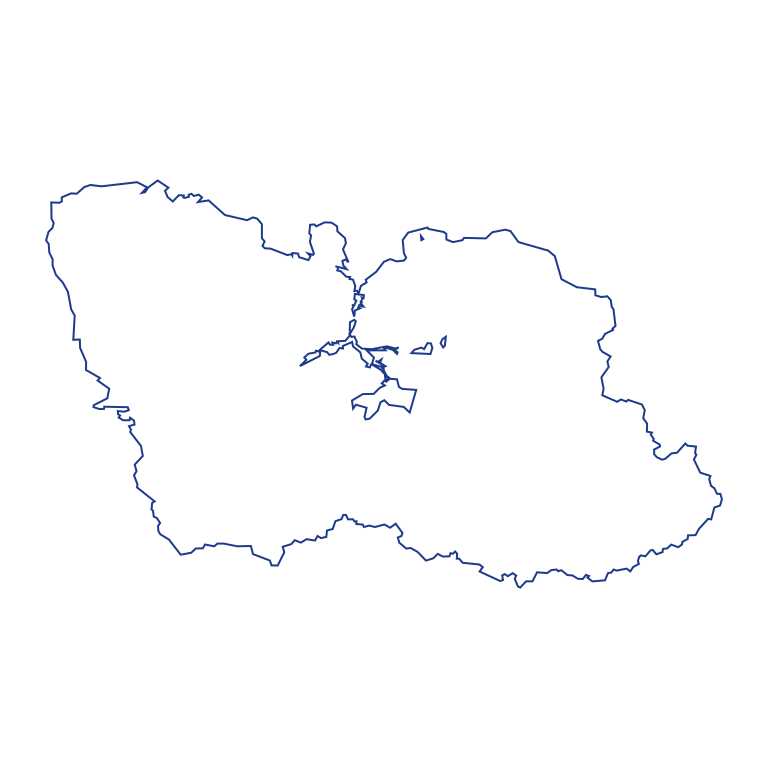 Kadamjay, Batken, Kyrgyzstan
{"feature_id": "92254566B89455719533038", "entity_name": "Kadamjay", "entity_type": "district", "adm_level": 2, "iso_a3": "KGZ", "parent_name": "Kyrgyzstan", "parent_adm1": "Batken", "projection": "equal_earth", "projection_center": [71.702, 39.995], "detail": "fine", "context": "isolated", "style": "outline", "palette": "blue", "viewbox_px": 768, "rotation_deg": 0, "n_neighbors": 0, "source": "geoboundaries", "source_scale": "gbopen_adm2", "svg_char_len": 6104}
<svg xmlns="http://www.w3.org/2000/svg" viewBox="0 0 768 768"><path d="M720.1,505.5L721.9,499.2L720.4,493.9L717.0,493.8L714.4,488.3L711.0,485.8L709.2,479.2L710.4,475.9L700.3,472.7L693.9,459.5L696.3,454.9L695.1,452.9L696.0,446.6L687.6,445.7L685.3,443.5L677.1,452.7L671.5,453.4L665.4,458.7L662.1,459.7L656.8,457.2L654.2,454.2L654.1,449.6L660.1,446.4L659.6,444.5L653.1,440.7L653.7,438.9L650.8,434.7L651.9,432.6L646.9,431.6L647.1,423.6L643.2,418.2L644.8,410.2L641.9,404.5L628.1,399.9L626.4,401.5L620.9,399.5L617.2,401.8L602.3,395.3L603.6,388.7L601.4,377.3L608.7,367.0L607.4,361.5L610.6,356.4L602.4,351.8L600.2,349.1L598.0,340.9L602.4,338.6L605.0,333.9L613.1,329.9L612.5,328.7L615.5,325.9L613.5,309.4L611.7,306.8L610.8,300.1L607.3,296.3L601.3,297.0L595.4,295.3L595.2,289.4L576.8,287.2L561.5,279.2L554.8,256.1L548.2,250.6L518.5,242.1L510.5,231.1L505.3,229.7L492.4,232.2L485.9,238.4L464.0,237.9L462.4,240.2L452.9,242.1L446.4,239.5L446.3,233.9L443.9,232.0L428.3,228.9L427.5,227.5L408.2,232.6L402.7,240.0L403.9,253.2L406.2,257.8L404.1,260.5L396.8,261.4L390.2,259.1L383.9,261.8L376.1,271.9L365.7,279.8L366.6,282.4L361.0,285.8L358.5,293.6L357.0,290.7L354.4,291.0L355.3,285.9L352.9,279.6L349.5,279.0L350.1,277.1L346.3,276.7L340.8,271.3L337.3,270.4L338.2,267.3L335.4,266.3L346.6,269.1L343.4,265.6L342.4,260.9L345.5,259.5L348.5,262.3L343.0,249.5L345.9,243.1L345.0,238.1L337.4,231.3L337.1,226.3L331.4,222.6L324.6,222.4L316.2,226.3L314.2,224.4L310.1,224.8L309.3,233.3L311.1,235.4L309.9,241.8L313.9,253.7L313.0,254.9L308.0,253.4L310.5,256.2L308.4,260.1L299.2,257.2L297.9,253.5L292.4,253.1L292.3,255.6L291.5,254.2L287.4,255.1L270.5,248.6L264.8,248.3L262.5,245.9L264.6,241.4L261.9,238.2L261.9,224.2L257.1,218.6L253.0,217.4L247.1,220.2L224.9,215.0L208.6,200.4L198.0,202.1L202.1,197.4L198.7,194.7L193.9,196.0L191.4,193.8L188.6,194.8L188.8,196.9L184.4,197.9L183.3,197.4L183.8,195.5L178.8,195.2L172.8,201.5L167.5,196.9L165.0,190.7L168.4,187.7L157.7,180.5L148.1,187.5L145.1,192.1L142.0,192.8L147.0,187.3L137.1,182.2L101.5,186.3L90.3,185.0L84.2,187.1L76.8,193.7L71.1,193.4L61.7,197.4L61.9,201.3L59.3,202.8L51.3,202.4L51.5,218.8L53.7,222.9L52.4,228.0L48.5,231.9L46.1,240.4L48.7,244.0L49.3,252.5L52.6,259.3L52.6,265.7L56.0,275.0L62.8,282.6L67.9,291.8L71.2,309.4L74.7,315.6L73.3,339.8L79.8,339.5L80.1,347.9L86.1,361.8L86.0,370.0L100.0,378.0L97.6,380.5L109.2,388.7L107.3,398.3L93.6,405.3L93.5,407.1L99.1,409.0L104.0,408.9L104.3,406.7L127.7,407.2L128.8,410.1L124.4,411.7L117.8,411.1L118.1,414.2L120.1,415.5L118.7,417.5L123.1,420.3L129.6,420.2L130.0,417.7L134.0,420.6L134.5,424.6L129.0,426.1L131.0,429.6L130.2,432.0L141.0,446.0L142.8,456.0L134.7,464.6L136.5,471.2L134.0,475.3L137.5,484.5L137.0,487.4L154.6,501.4L152.2,502.8L151.5,509.4L153.0,510.8L153.8,516.6L156.8,518.0L160.1,522.9L158.0,526.1L158.4,531.1L160.3,534.3L169.0,539.6L180.7,554.7L191.3,552.7L195.8,548.5L202.9,548.3L205.0,544.5L214.2,546.3L217.4,543.6L223.7,543.6L237.3,546.3L250.9,546.0L253.0,554.1L269.8,560.5L271.6,565.4L277.7,565.5L284.3,552.3L282.7,546.8L291.3,544.1L294.7,540.2L300.9,542.6L306.5,539.2L315.1,540.5L317.5,536.0L321.0,538.1L326.3,536.9L327.0,530.5L332.7,529.0L335.4,521.2L341.4,519.2L343.3,514.9L346.0,515.0L348.0,519.3L353.1,519.3L354.4,521.5L356.5,521.3L356.3,524.0L362.8,524.6L363.9,527.0L369.3,525.6L375.0,527.0L384.4,524.5L390.2,527.7L395.7,523.7L402.5,533.0L401.4,536.0L397.8,537.5L399.3,542.7L406.2,548.5L410.7,548.0L417.6,551.9L426.0,560.6L433.3,558.3L437.7,553.9L443.0,556.6L449.5,556.3L450.5,553.2L452.8,553.8L455.1,551.5L457.1,553.6L456.8,558.7L459.2,558.7L462.7,562.8L479.5,564.5L482.8,567.1L479.6,571.5L500.1,581.0L503.0,580.0L502.2,575.4L504.8,574.1L507.8,576.2L512.7,573.2L516.2,575.6L514.7,578.9L518.0,586.5L520.3,587.5L526.1,581.3L532.5,581.3L537.1,572.3L547.1,573.1L551.4,570.1L556.5,569.5L558.1,571.2L561.4,570.2L567.4,575.1L572.4,575.4L577.9,578.8L582.8,579.0L586.0,574.8L589.0,576.1L587.4,577.5L592.4,581.4L605.0,580.3L607.9,573.2L611.3,572.5L613.7,569.5L616.6,570.6L626.6,568.6L630.3,571.4L633.2,567.0L638.9,563.9L637.9,561.0L639.2,556.8L641.0,555.4L645.4,556.3L650.4,550.5L652.6,549.9L656.4,554.3L662.5,552.1L663.0,548.9L667.3,548.4L671.2,544.6L678.2,547.2L682.0,544.5L682.3,542.0L687.7,538.9L688.0,535.4L695.6,535.1L698.8,529.1L708.0,518.9L711.2,519.4L714.4,507.5L720.1,505.5ZM352.0,400.5L362.8,394.1L373.6,393.9L379.8,387.8L384.9,385.5L381.8,383.4L384.5,380.5L386.2,381.7L388.7,379.6L387.0,376.0L390.4,378.8L397.0,379.3L398.9,386.9L402.3,388.9L416.2,389.9L409.7,412.5L403.7,406.9L389.0,404.9L384.3,400.2L380.5,402.3L377.8,410.6L369.6,418.7L365.6,419.4L364.5,416.9L366.6,407.8L355.9,404.7L353.1,408.6L352.0,400.5ZM319.7,350.0L328.5,342.4L329.9,344.6L333.2,344.8L332.4,342.6L335.9,343.4L336.7,341.7L338.1,342.9L337.7,341.3L345.4,340.8L349.9,335.4L349.4,333.8L350.4,331.7L350.0,335.1L351.5,336.9L354.4,336.5L356.9,341.9L356.3,344.2L362.0,348.6L371.9,349.2L387.0,346.3L395.3,348.5L398.7,347.4L394.5,349.9L397.6,352.3L397.0,353.9L393.0,350.0L386.5,347.8L384.1,348.4L385.7,350.3L366.7,350.4L374.0,357.6L371.8,364.1L381.7,367.0L382.8,369.4L382.0,364.7L375.6,360.9L378.3,361.7L381.3,359.5L380.0,362.7L385.4,366.2L383.6,366.8L383.7,370.2L388.3,379.2L385.7,380.6L384.7,374.0L380.5,369.6L372.6,364.9L370.8,364.7L369.9,367.4L366.0,366.5L367.7,363.7L361.8,358.7L360.3,352.3L353.0,346.4L352.1,342.0L342.8,346.0L343.0,348.5L339.5,348.0L336.1,352.9L332.9,354.1L329.2,354.8L327.2,352.2L319.7,350.0ZM411.4,353.1L414.3,349.8L421.3,347.6L424.1,349.1L427.5,343.1L431.0,343.5L432.3,348.0L430.5,354.0L411.4,353.1ZM351.8,305.0L354.2,305.4L356.3,300.6L354.3,299.3L354.9,293.9L363.8,295.1L363.6,298.0L361.8,297.5L362.4,299.1L360.7,301.8L361.8,302.4L359.8,305.0L362.1,304.9L363.4,306.5L359.1,305.4L358.2,307.5L360.2,308.2L355.0,310.5L354.2,316.6L352.1,309.2L353.8,305.5L351.8,305.0ZM299.9,366.1L306.4,359.8L304.3,357.4L308.5,353.7L315.4,352.5L316.0,350.7L320.2,352.0L319.8,356.0L299.9,366.1ZM349.7,330.7L350.0,322.2L354.3,319.8L355.8,321.3L353.9,327.3L351.1,331.9L349.7,330.7ZM440.6,343.2L442.4,339.2L445.8,336.8L444.9,345.6L443.2,347.4L440.6,343.2ZM421.3,240.1L421.0,236.1L423.3,239.1L421.3,240.1Z" fill="none" stroke="#1e3a8a" stroke-width="2"/></svg>